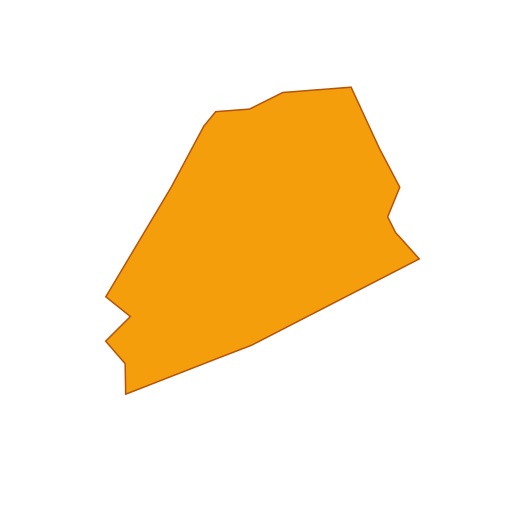 Spencer, Kentucky, United States of America (Equal Earth projection), rotated 131°
{"feature_id": "52423323B77843933452761", "entity_name": "Spencer", "entity_type": "district", "adm_level": 2, "iso_a3": "USA", "parent_name": "United States of America", "parent_adm1": "Kentucky", "projection": "equal_earth", "projection_center": [-85.343, 38.044], "detail": "fine", "context": "isolated", "style": "filled", "palette": "amber", "viewbox_px": 512, "rotation_deg": 131, "n_neighbors": 0, "source": "geoboundaries", "source_scale": "gbopen_adm2", "svg_char_len": 420}
<svg xmlns="http://www.w3.org/2000/svg" viewBox="0 0 512 512"><g transform="rotate(131 256 256)"><path d="M146.8,165.9L140.1,182.3L109.8,192.6L93.9,233.4L66.2,295.0L91.5,319.9L115.1,343.1L149.4,357.3L173.5,381.1L192.1,380.6L259.9,365.1L385.3,342.6L384.1,311.1L418.9,313.6L423.1,284.1L445.8,263.7L359.4,218.4L326.2,200.8L151.1,130.9L147.8,157.0L146.8,165.9Z" fill="#f59e0b" stroke="#b45309" stroke-width="1.5"/></g></svg>